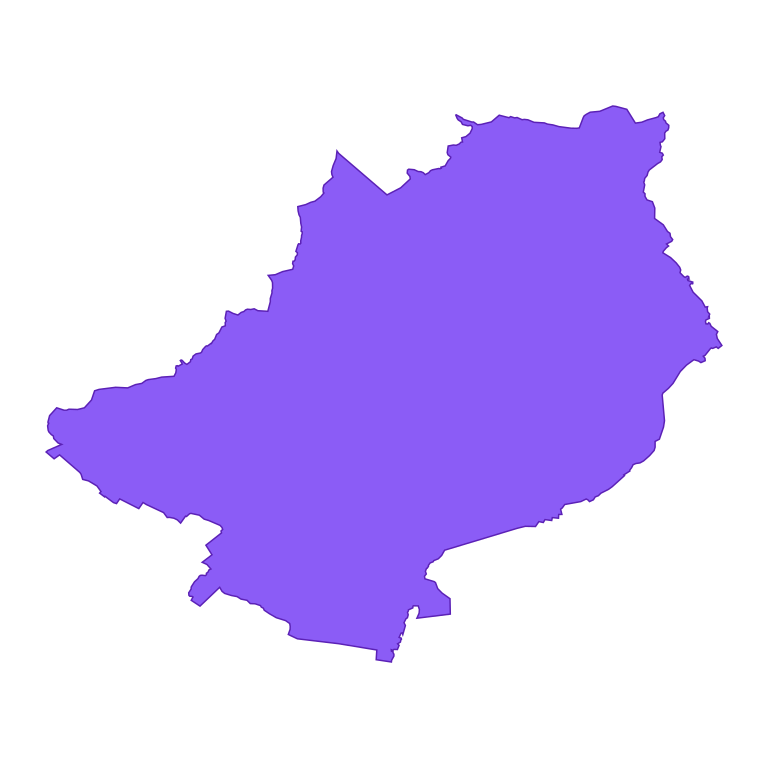 outline of Pomezeu, Bihor, Romania
{"feature_id": "2599482B80861460675946", "entity_name": "Pomezeu", "entity_type": "district", "adm_level": 2, "iso_a3": "ROU", "parent_name": "Romania", "parent_adm1": "Bihor", "projection": "robinson", "projection_center": [22.3, 46.795], "detail": "fine", "context": "isolated", "style": "filled", "palette": "violet", "viewbox_px": 768, "rotation_deg": 0, "n_neighbors": 0, "source": "geoboundaries", "source_scale": "gbopen_adm2", "svg_char_len": 6089}
<svg xmlns="http://www.w3.org/2000/svg" viewBox="0 0 768 768"><path d="M450.0,598.7L442.1,593.1L437.7,588.6L435.5,582.6L434.2,581.6L424.9,578.8L424.5,576.2L426.3,574.0L425.4,571.3L426.5,568.4L427.3,568.1L428.5,566.2L428.4,565.3L430.2,562.9L433.1,561.8L433.8,560.6L438.3,558.8L441.7,555.4L444.6,550.2L517.2,528.3L525.3,526.3L535.5,526.5L538.9,521.6L543.3,522.5L545.0,519.6L551.7,520.5L552.3,517.6L558.5,518.2L558.7,514.5L561.9,514.4L560.6,509.2L562.3,507.9L564.7,504.5L580.8,501.6L586.2,499.0L587.8,499.8L589.5,501.6L593.4,499.8L595.2,496.9L598.4,495.7L600.9,493.2L608.6,489.3L612.2,486.7L624.5,475.6L623.8,474.9L629.9,471.0L629.7,470.2L631.6,467.7L633.1,464.7L635.9,463.5L640.0,462.9L643.6,460.9L649.6,455.6L654.1,450.5L655.1,447.2L655.1,441.4L659.4,439.2L663.5,427.1L664.5,420.7L662.2,395.1L662.8,393.2L668.4,388.4L673.0,383.4L680.3,371.5L686.5,365.1L693.9,359.7L698.6,361.1L700.9,362.6L705.2,360.7L705.0,358.3L703.3,356.2L705.1,355.3L710.2,348.9L711.2,348.0L712.7,348.4L716.3,346.9L718.2,348.4L721.9,345.5L717.3,338.5L716.4,334.3L717.8,331.6L711.2,326.3L709.8,323.4L708.7,322.7L707.8,324.0L705.9,323.8L705.5,321.2L706.0,319.9L709.4,318.4L709.3,316.7L708.7,316.8L709.7,314.1L707.6,311.7L707.2,308.1L707.6,306.7L705.2,307.1L701.9,300.9L693.1,292.2L689.6,285.4L691.1,283.5L692.6,283.8L692.9,283.0L692.2,282.4L692.5,282.0L687.9,280.5L687.5,279.2L689.1,279.0L688.5,278.0L688.9,277.2L688.5,276.5L687.2,276.1L685.2,277.4L683.8,276.6L680.0,272.7L680.7,270.0L679.7,267.3L676.2,262.9L670.6,257.6L662.9,252.8L663.3,251.3L666.3,247.8L668.6,246.0L666.5,244.0L671.7,241.3L672.7,239.6L670.5,236.7L670.0,233.3L667.5,231.5L663.3,224.8L654.6,218.5L654.8,208.1L652.4,201.7L647.0,199.9L645.0,196.4L645.0,193.7L643.3,192.1L644.7,184.9L643.7,182.0L644.3,181.1L644.7,178.4L647.1,175.5L648.0,172.1L649.4,169.9L657.7,163.5L660.5,161.9L662.2,159.6L661.8,156.7L663.3,155.1L662.3,153.2L659.7,152.3L661.0,146.6L660.4,145.3L660.0,142.4L662.4,141.8L664.8,138.7L664.7,133.0L666.0,131.2L667.9,130.1L668.7,127.9L668.8,125.3L665.9,122.8L665.5,121.2L663.7,119.6L663.3,117.8L664.7,115.6L663.0,112.3L659.9,113.8L658.3,116.7L656.0,117.6L647.5,119.9L641.8,122.2L635.4,123.1L626.8,109.3L615.9,106.4L612.7,106.0L599.8,111.3L590.2,112.2L586.5,114.2L584.2,115.8L583.3,117.4L579.3,127.9L577.0,128.3L571.1,128.2L558.9,126.6L552.9,124.9L547.5,124.1L544.4,122.9L534.0,122.3L527.9,119.8L524.3,119.4L522.1,119.7L517.1,117.5L514.7,117.9L510.6,116.6L509.0,117.7L499.2,115.2L491.4,121.9L481.2,124.4L477.5,124.7L473.6,122.0L471.8,122.0L463.3,119.3L462.2,118.0L456.2,114.8L455.8,115.1L457.1,118.3L458.2,119.9L461.1,121.8L462.5,124.4L467.9,125.8L470.7,125.3L472.2,126.6L472.2,128.7L470.0,133.2L465.9,136.6L461.7,137.8L462.5,142.0L461.0,142.2L459.3,143.9L456.2,145.3L453.4,145.0L448.2,146.0L447.2,152.6L447.9,154.7L450.8,157.1L450.4,158.4L448.2,160.6L445.2,165.9L440.9,167.2L441.3,168.2L440.0,168.7L438.7,168.5L432.4,169.8L430.5,170.7L428.8,172.7L425.2,174.6L423.3,172.7L421.0,171.7L418.1,171.5L414.2,169.7L408.7,169.2L407.5,170.1L407.2,173.1L409.9,176.4L410.3,178.9L400.7,187.8L387.0,194.9L338.7,153.4L337.0,151.0L336.1,158.5L333.2,165.5L331.5,171.6L331.9,174.6L333.0,177.2L324.0,185.0L323.1,188.1L323.2,192.1L323.9,193.0L320.8,196.7L314.9,201.2L310.8,202.3L305.7,204.6L297.8,206.6L298.1,210.9L299.0,214.8L300.3,217.3L300.8,223.3L301.6,227.0L301.1,231.2L302.2,231.9L302.2,233.8L301.6,235.3L301.5,237.4L300.7,240.9L300.8,243.2L300.1,244.0L298.6,243.8L298.0,244.7L295.9,251.4L297.4,252.7L297.3,254.8L295.4,257.1L295.2,259.7L294.0,261.2L293.0,261.2L292.6,263.7L293.7,265.9L292.7,269.3L282.6,271.6L275.3,274.7L268.2,275.4L271.7,280.4L272.5,282.6L272.6,288.2L271.9,290.7L272.0,292.9L270.3,298.5L270.3,301.8L267.8,311.3L257.9,310.7L254.2,308.8L250.8,309.5L247.4,309.2L245.6,309.9L243.9,311.5L241.2,312.4L237.9,315.0L233.0,313.4L228.5,311.1L226.4,311.3L225.1,318.3L226.1,321.2L225.2,322.5L225.3,325.8L221.9,327.0L218.9,332.9L216.6,334.5L214.7,339.3L213.1,340.7L211.4,343.5L211.1,343.3L207.5,346.0L206.3,345.9L205.3,346.7L202.7,349.6L201.6,352.1L200.5,353.0L196.0,353.9L193.1,356.1L192.2,358.9L190.8,359.6L190.4,361.7L186.9,364.4L184.6,363.0L182.2,360.4L181.1,360.0L180.3,360.6L181.8,362.9L182.1,364.1L178.1,366.2L177.5,365.7L176.2,365.9L175.6,368.1L176.3,369.5L175.8,372.8L174.0,376.3L161.7,377.1L155.8,378.6L148.3,379.6L145.9,380.4L141.8,383.4L135.5,384.6L127.7,387.9L115.6,387.3L99.0,389.4L94.6,390.8L91.5,400.0L84.4,407.8L77.6,409.5L68.9,409.2L66.6,410.2L64.1,410.2L56.7,407.8L49.6,415.6L48.0,421.8L48.0,422.8L48.7,423.2L47.6,425.8L48.2,430.4L48.9,432.0L51.4,434.7L53.3,435.9L53.8,438.6L58.1,443.0L61.7,444.4L47.8,450.5L46.1,452.0L54.1,458.8L59.6,454.9L79.9,472.5L81.1,474.3L82.7,479.4L88.5,480.9L97.0,486.0L101.0,491.6L99.6,493.1L104.6,496.9L105.0,496.3L113.5,502.6L116.5,503.6L119.7,498.9L138.8,508.6L143.0,502.5L146.5,504.6L163.6,512.6L167.2,517.5L169.5,517.4L173.9,518.2L177.4,519.9L180.6,523.1L185.5,516.2L186.5,516.5L189.6,513.7L191.0,513.4L199.4,515.2L204.1,519.1L208.7,520.5L220.1,525.4L222.0,527.5L222.7,529.4L221.0,531.0L221.5,532.9L205.9,545.2L212.0,554.8L202.2,562.3L207.0,564.5L210.9,569.0L209.0,569.9L208.0,572.1L206.4,573.3L206.5,574.6L205.4,575.6L202.0,575.2L200.3,575.4L199.1,576.4L198.0,578.6L194.5,581.8L191.7,586.2L191.2,587.1L191.1,589.1L188.7,592.8L188.9,595.3L189.7,596.2L192.2,596.4L193.0,597.0L191.2,600.3L200.0,606.1L219.7,587.3L222.0,591.3L224.6,593.4L231.4,595.5L237.1,596.6L241.0,599.1L247.0,600.3L250.3,603.6L255.1,603.8L260.5,605.6L261.3,607.1L263.4,608.2L264.2,610.2L269.7,613.9L276.3,617.7L285.6,620.6L289.7,623.5L290.2,626.3L290.1,629.3L288.3,634.5L297.4,638.8L338.7,643.7L376.8,650.0L376.2,659.7L391.4,662.0L391.6,660.3L393.9,656.1L393.9,654.2L393.0,652.5L393.0,651.5L391.5,651.2L391.3,649.7L393.0,650.3L393.9,649.4L397.4,649.5L399.1,645.3L397.6,643.8L400.4,642.1L400.9,639.7L401.4,639.4L401.3,638.2L399.1,637.4L401.0,633.2L402.2,632.9L402.8,634.6L405.4,625.5L404.0,622.7L406.0,618.7L407.4,617.8L408.2,614.8L407.5,612.2L408.3,611.1L408.4,609.9L412.8,607.9L413.0,606.1L413.4,605.8L418.2,605.9L419.4,609.5L419.1,613.2L416.9,618.2L450.3,614.1L450.0,598.7Z" fill="#8b5cf6" stroke="#5b21b6" stroke-width="1.5"/></svg>